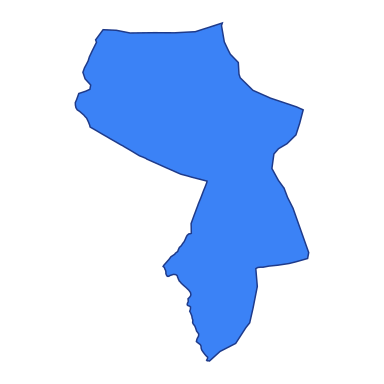 Habila - WD, Western Darfur, Sudan (Mercator projection)
{"feature_id": "16777658B76489940696560", "entity_name": "Habila - WD", "entity_type": "district", "adm_level": 2, "iso_a3": "SDN", "parent_name": "Sudan", "parent_adm1": "Western Darfur", "projection": "mercator", "projection_center": [22.41, 12.608], "detail": "fine", "context": "isolated", "style": "filled", "palette": "blue", "viewbox_px": 384, "rotation_deg": 0, "n_neighbors": 0, "source": "geoboundaries", "source_scale": "gbopen_adm2", "svg_char_len": 2715}
<svg xmlns="http://www.w3.org/2000/svg" viewBox="0 0 384 384"><path d="M96.1,39.2L95.6,39.8L96.5,42.3L92.1,51.1L90.7,54.1L89.4,56.8L88.1,61.0L86.3,64.5L84.5,67.8L82.9,72.3L85.1,78.9L90.7,85.0L89.9,89.3L85.7,91.2L78.8,93.5L76.5,99.9L75.3,102.6L75.4,105.1L75.9,107.6L77.2,109.8L79.9,111.6L81.7,113.2L83.9,115.1L85.1,116.6L86.6,118.1L88.4,121.9L89.7,125.2L90.1,127.0L90.4,127.2L92.3,128.3L93.4,128.9L93.9,129.2L96.5,130.7L98.7,132.0L101.9,133.9L104.5,135.4L107.0,136.8L110.0,138.6L120.8,144.8L122.6,145.7L123.6,146.3L124.0,146.6L129.2,149.6L139.5,155.8L142.4,156.9L145.0,158.0L145.9,158.4L146.2,158.6L146.6,159.0L165.9,167.6L177.4,172.7L180.9,174.2L187.4,175.9L191.8,177.2L207.0,181.1L206.8,182.5L206.3,183.8L205.2,186.7L203.7,190.3L200.9,197.7L199.5,201.1L198.2,204.3L197.7,205.8L196.6,208.6L195.4,211.9L194.1,215.3L191.1,223.6L191.2,226.5L191.3,233.3L190.5,233.7L188.8,233.9L187.3,235.2L186.7,236.1L185.9,237.8L185.5,238.8L184.2,241.6L182.7,243.5L181.3,245.7L179.4,247.4L178.6,249.1L178.4,249.5L177.7,251.5L176.2,252.6L175.2,253.4L174.8,254.2L172.5,255.7L170.9,256.8L169.0,259.4L167.3,261.3L163.7,265.4L163.1,266.5L164.4,267.5L164.8,269.0L165.1,269.4L165.4,269.9L165.9,271.8L165.9,273.5L166.3,274.8L167.3,276.3L168.8,276.3L170.0,275.5L173.4,274.4L173.6,274.4L175.7,274.6L177.1,275.5L177.7,277.4L178.2,278.5L178.3,278.8L178.4,279.2L179.4,281.2L179.6,281.2L181.5,283.5L184.5,286.2L185.7,287.2L188.8,290.2L190.5,292.6L190.9,294.7L190.5,296.0L189.9,296.8L189.8,297.0L188.0,298.8L188.1,299.3L188.1,299.8L188.2,300.0L188.2,300.3L188.2,301.8L187.9,302.4L187.4,303.3L187.4,303.5L187.2,304.8L188.0,305.6L189.5,306.1L190.5,306.9L190.5,308.2L190.3,309.7L189.7,311.2L190.5,312.7L191.1,314.2L191.8,315.9L192.2,318.3L192.8,320.0L192.8,320.8L192.6,322.3L193.0,323.6L194.9,326.2L195.7,328.3L196.6,331.1L198.7,333.9L198.5,336.2L197.4,338.1L196.8,339.6L196.4,341.6L197.6,342.6L200.3,344.6L201.0,346.1L201.2,348.4L201.8,350.1L203.3,352.3L204.9,354.4L205.6,355.2L206.4,356.1L207.7,357.2L207.4,358.9L206.6,360.2L207.2,360.8L207.5,360.8L208.5,360.8L209.5,361.0L209.7,360.8L210.5,360.1L220.1,351.4L235.7,343.4L245.9,327.6L249.7,322.8L253.1,307.8L257.3,286.5L255.8,268.6L257.8,267.5L260.4,267.2L263.1,267.2L268.9,266.1L277.8,265.2L289.1,263.5L295.6,261.9L307.6,258.5L308.7,252.6L293.0,208.2L287.6,197.5L284.0,188.0L283.9,188.0L278.4,180.4L271.9,168.5L273.8,154.7L273.9,154.0L278.5,148.7L287.0,143.7L294.8,136.0L295.9,135.0L297.0,131.6L299.7,123.2L302.6,112.1L303.2,109.9L296.6,106.9L270.4,98.1L252.9,90.3L240.2,77.8L239.0,74.2L238.3,62.5L230.3,54.2L228.2,50.1L224.3,41.9L221.5,25.6L222.3,23.0L222.0,23.1L195.3,31.7L174.6,32.8L154.1,32.7L130.1,33.0L116.4,30.3L103.1,29.7L96.1,39.2Z" fill="#3b82f6" stroke="#1e3a8a" stroke-width="1.5"/></svg>